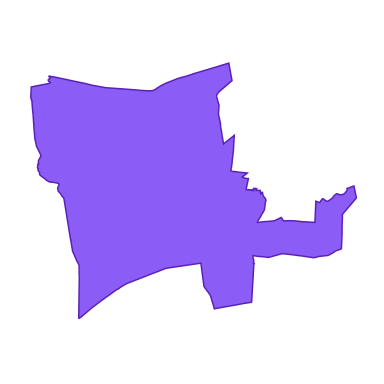 Lerma, México, Mexico, rotated 272°
{"feature_id": "50627088B475938863267", "entity_name": "Lerma", "entity_type": "district", "adm_level": 2, "iso_a3": "MEX", "parent_name": "Mexico", "parent_adm1": "México", "projection": "robinson", "projection_center": [-99.473, 19.326], "detail": "fine", "context": "isolated", "style": "filled", "palette": "violet", "viewbox_px": 384, "rotation_deg": 272, "n_neighbors": 0, "source": "geoboundaries", "source_scale": "gbopen_adm2", "svg_char_len": 5874}
<svg xmlns="http://www.w3.org/2000/svg" viewBox="0 0 384 384"><g transform="rotate(272 192 192)"><path d="M187.1,316.1L184.7,316.1L165.9,315.9L166.2,303.1L166.7,296.7L166.8,291.1L166.3,284.5L166.7,284.3L167.9,283.4L169.7,282.0L168.9,280.6L168.4,279.6L168.0,279.0L166.7,276.4L166.1,275.0L165.8,273.1L165.5,271.2L165.2,268.6L165.1,267.4L164.9,265.2L164.6,263.3L163.8,258.6L164.1,258.3L167.5,260.1L168.9,260.9L170.8,262.0L171.9,262.5L172.4,262.7L173.2,263.2L176.4,264.9L177.1,265.0L177.7,265.1L178.4,265.2L179.1,265.3L179.8,265.3L182.7,265.6L184.0,265.6L184.4,265.7L185.4,266.1L185.8,266.2L186.3,266.2L187.5,265.8L187.9,265.6L188.3,265.4L188.7,265.0L189.1,264.7L189.4,264.4L189.7,264.1L190.4,263.5L191.0,263.2L191.4,263.1L192.6,262.7L194.1,262.4L194.0,261.8L194.0,261.2L192.6,261.3L192.7,260.6L196.0,260.1L196.0,259.9L195.9,259.6L195.9,259.3L195.8,256.3L196.0,256.3L196.0,255.9L196.7,255.8L197.2,256.3L197.2,255.6L197.8,255.7L197.7,253.4L197.1,253.1L196.9,253.2L196.4,253.1L196.1,253.3L195.5,253.4L195.6,252.0L196.1,252.1L196.3,250.7L196.0,250.5L196.3,248.8L195.9,248.8L196.3,245.9L197.7,246.2L207.4,247.9L207.4,246.7L207.7,244.5L207.9,243.2L208.0,242.8L208.1,242.4L208.3,242.0L208.7,241.6L209.1,242.0L209.3,242.3L209.5,242.7L210.0,243.4L210.8,244.2L211.9,245.6L212.9,246.6L213.4,238.6L213.6,236.6L213.7,236.1L213.9,234.0L214.0,232.1L213.9,231.8L213.9,231.7L214.6,230.0L215.1,230.1L216.9,230.3L217.7,230.5L219.3,230.7L219.6,230.7L220.3,230.8L220.5,230.8L221.3,230.9L221.9,231.0L222.5,231.0L223.0,231.1L223.6,231.1L224.6,231.1L234.2,231.9L242.7,232.1L246.6,232.2L248.8,232.3L250.1,232.3L241.2,221.9L250.3,219.9L253.0,219.5L256.4,218.7L257.1,218.5L258.4,218.3L259.2,218.1L260.4,218.2L261.7,218.0L270.7,215.7L279.5,216.0L288.6,213.1L289.8,213.4L290.8,214.0L292.9,215.3L304.7,228.1L322.1,224.3L315.5,205.0L310.4,189.8L309.3,187.0L308.8,185.9L308.4,184.5L307.6,182.5L306.6,179.0L306.1,177.4L305.4,175.2L304.9,173.9L304.4,172.5L303.4,170.4L301.7,166.5L300.6,163.9L300.1,162.6L299.6,161.8L299.0,160.7L298.5,159.7L298.0,158.7L297.6,157.9L296.9,156.9L294.9,153.9L294.6,153.5L294.1,152.9L293.5,152.2L293.0,151.3L292.6,150.4L292.1,149.5L291.8,148.6L291.8,147.3L291.6,144.7L291.7,140.0L291.8,135.6L292.0,134.3L292.5,122.0L292.6,119.5L293.2,102.2L295.3,88.0L296.7,81.6L298.9,68.7L299.6,64.9L302.2,50.1L302.3,48.7L302.5,47.3L302.9,45.2L302.6,45.0L302.2,45.1L301.9,45.5L301.9,46.1L301.6,46.4L300.4,46.2L300.0,45.2L299.3,44.7L298.9,44.3L298.0,44.7L297.2,45.6L296.6,46.4L296.4,46.5L295.9,45.8L295.4,45.0L291.4,27.7L289.9,27.6L286.8,27.7L282.5,27.5L282.1,27.5L281.6,27.6L281.0,27.8L280.4,27.8L279.8,27.8L279.3,28.2L278.9,28.3L278.4,28.3L278.1,28.3L277.8,28.8L273.7,29.2L270.0,29.6L262.8,30.6L250.4,31.8L239.2,33.2L235.7,34.2L233.1,34.8L232.3,35.0L226.9,37.9L223.0,39.9L222.2,39.5L220.6,38.7L219.2,38.2L218.7,37.7L217.6,37.4L216.3,37.4L215.6,37.6L215.1,37.9L214.7,37.9L214.3,37.0L214.3,36.9L212.9,36.8L212.6,37.0L212.4,37.0L211.3,36.7L210.5,36.9L210.1,37.2L209.9,37.5L209.7,37.3L209.3,37.2L208.5,37.6L208.3,37.6L207.9,37.6L207.6,37.7L207.3,38.1L206.6,38.6L206.3,38.9L205.1,39.0L204.3,39.1L203.6,39.6L202.9,40.3L202.5,41.1L201.8,41.9L200.1,44.4L199.6,45.2L198.8,46.1L198.1,47.1L197.5,48.3L197.2,49.1L197.0,49.9L196.9,50.8L197.0,51.6L197.0,52.6L196.7,53.7L196.4,55.6L196.3,56.6L196.1,57.5L196.0,58.1L195.6,58.5L195.1,58.7L194.7,58.8L194.2,58.7L193.7,58.6L193.3,58.3L192.9,58.1L191.9,57.9L191.3,57.6L191.0,57.6L190.6,57.6L190.1,57.9L189.6,58.1L189.2,58.0L188.9,57.9L188.7,58.0L188.0,58.5L187.8,58.7L187.3,59.2L186.9,59.5L185.6,60.8L184.7,61.4L183.6,61.9L183.1,62.4L182.1,63.5L181.6,63.9L181.3,64.1L180.7,64.3L180.2,64.4L179.6,64.5L173.7,65.7L139.7,72.4L139.8,72.6L138.3,72.8L133.7,73.7L132.3,74.0L130.5,74.4L128.7,74.7L127.8,75.2L126.6,75.7L125.8,76.1L122.7,77.6L122.0,77.9L121.9,78.0L119.9,78.9L118.8,79.3L118.2,80.0L114.5,81.8L112.8,81.8L111.0,81.9L107.0,82.0L105.3,82.1L104.7,82.3L62.0,83.2L61.9,83.7L62.7,84.9L63.6,85.9L65.4,87.9L67.3,90.0L69.1,92.0L70.1,93.0L71.9,95.0L72.8,96.1L78.1,102.6L79.0,103.7L80.7,105.8L81.5,106.9L84.2,110.2L85.0,111.4L87.8,115.0L88.8,116.2L91.4,119.6L92.3,120.7L92.3,121.5L93.4,122.7L94.9,124.7L96.3,126.9L97.3,128.5L97.5,128.9L97.6,129.0L98.0,129.4L106.8,149.9L106.9,150.1L114.9,168.9L121.2,203.4L120.9,203.4L98.4,207.2L98.1,207.2L96.6,208.3L95.5,209.2L93.8,210.5L91.8,212.1L89.4,213.9L87.8,214.5L84.3,215.6L81.1,216.8L79.2,217.4L78.0,217.8L76.0,218.4L76.3,219.6L77.1,223.1L79.4,233.9L80.1,237.3L80.8,240.5L81.6,244.1L82.5,248.0L83.1,251.2L83.8,255.1L84.5,255.5L86.3,255.5L90.6,255.6L94.0,255.7L96.1,255.7L107.2,256.0L116.2,256.2L117.3,256.2L119.3,256.2L121.1,256.2L121.7,256.5L122.9,256.8L123.2,256.4L123.2,255.9L123.8,255.9L125.2,256.1L125.7,256.1L127.0,255.8L128.0,255.4L128.6,255.3L130.6,255.3L130.3,257.5L130.1,259.0L130.0,259.4L129.8,264.2L129.7,266.7L129.7,267.3L129.6,267.6L129.2,270.5L132.4,280.6L133.5,284.2L133.2,289.9L133.1,290.2L132.9,293.2L132.4,298.6L132.3,299.5L132.1,301.8L131.9,304.2L131.2,310.0L130.9,313.3L130.6,315.9L130.6,316.4L130.7,316.8L130.9,317.6L132.0,321.0L133.3,329.7L133.3,330.1L134.0,331.4L135.3,333.6L136.4,335.3L136.5,335.6L138.0,337.3L140.0,342.5L140.5,343.3L150.3,343.4L157.1,343.4L158.5,343.3L163.3,343.2L165.4,343.2L167.6,343.2L169.8,343.2L171.6,343.2L174.1,343.2L174.4,342.8L175.4,343.5L182.8,349.4L190.5,355.5L191.6,356.3L191.9,356.5L203.7,353.6L202.2,350.0L201.5,348.4L200.9,346.7L200.2,347.0L199.9,347.1L199.6,347.1L199.1,346.8L198.5,346.5L198.2,346.3L197.0,345.5L195.5,344.2L194.9,342.9L194.6,341.9L194.5,341.3L194.4,340.2L194.4,339.8L194.4,339.6L194.8,338.4L195.2,337.7L195.3,337.3L195.2,337.0L195.2,336.4L194.7,335.7L193.2,334.1L191.8,333.1L190.9,332.6L189.5,330.8L188.5,329.5L187.9,328.7L187.5,327.6L187.5,327.1L187.8,326.3L188.1,325.5L188.6,325.0L189.2,324.4L189.5,323.8L189.7,323.5L189.8,323.1L189.8,322.5L187.4,320.9L185.9,320.1L186.5,318.1L187.1,316.1Z" fill="#8b5cf6" stroke="#5b21b6" stroke-width="1.5"/></g></svg>